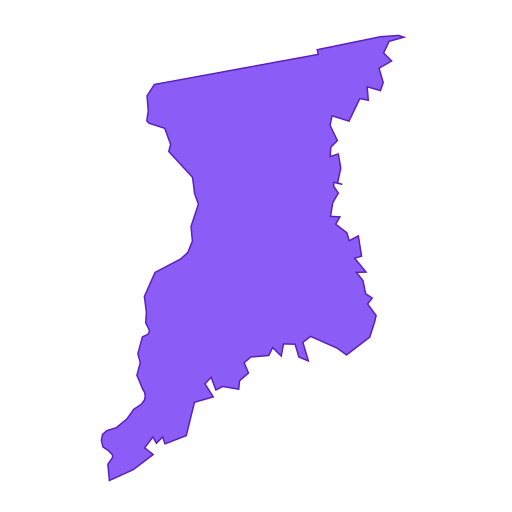 Knox, Indiana, United States of America, rotated 348°
{"feature_id": "52423323B4798034374096", "entity_name": "Knox", "entity_type": "district", "adm_level": 2, "iso_a3": "USA", "parent_name": "United States of America", "parent_adm1": "Indiana", "projection": "equal_earth", "projection_center": [-87.444, 38.661], "detail": "fine", "context": "isolated", "style": "filled", "palette": "violet", "viewbox_px": 512, "rotation_deg": 348, "n_neighbors": 0, "source": "geoboundaries", "source_scale": "gbopen_adm2", "svg_char_len": 1635}
<svg xmlns="http://www.w3.org/2000/svg" viewBox="0 0 512 512"><g transform="rotate(348 256 256)"><path d="M120.1,327.1L120.6,336.3L114.7,347.9L117.6,363.2L118.7,366.1L118.5,370.3L116.8,373.9L112.9,377.2L104.4,380.6L95.8,388.6L83.6,394.9L73.9,395.8L68.8,398.6L66.4,404.2L66.6,410.9L71.0,415.5L74.2,420.5L73.9,423.2L67.8,428.9L65.9,445.1L91.7,439.4L114.1,428.8L107.2,420.5L117.5,411.6L119.7,418.4L127.1,413.6L127.9,420.8L150.4,417.2L165.4,386.3L184.9,384.9L179.5,370.5L186.9,365.3L188.9,378.7L196.3,376.7L211.4,382.7L214.0,374.6L224.3,368.9L222.2,357.9L229.9,353.7L247.8,356.0L253.2,349.0L259.9,359.1L264.6,347.7L275.9,350.4L277.0,363.8L285.4,369.5L283.9,350.2L292.7,346.0L316.2,363.0L324.0,371.6L350.4,359.0L358.4,345.0L361.1,339.2L355.2,326.1L360.9,321.3L355.4,315.7L355.5,302.3L350.8,292.9L360.3,294.6L352.0,278.6L359.2,278.1L360.3,257.6L350.4,260.4L349.7,252.2L340.6,241.5L346.2,235.2L337.1,232.7L342.3,219.6L349.6,211.6L346.5,203.9L347.3,200.1L355.4,203.9L351.0,201.5L357.2,187.7L357.7,173.3L349.3,174.2L351.8,165.1L359.6,160.0L355.6,143.6L359.5,134.7L375.0,143.4L390.3,123.6L398.2,127.0L399.9,113.6L412.1,120.1L416.5,112.8L415.4,97.9L429.2,93.4L423.0,84.0L430.8,73.7L446.1,72.7L441.4,69.9L423.4,67.4L358.8,66.9L358.8,71.7L192.3,67.1L182.7,76.7L180.8,91.6L177.3,101.0L179.0,103.9L188.4,109.3L193.3,112.1L195.7,129.1L192.4,135.6L210.3,165.9L209.3,178.2L208.9,181.8L210.4,193.3L206.3,200.4L198.6,213.6L196.9,228.2L190.1,238.3L187.7,239.8L181.8,243.2L153.8,251.1L138.4,272.4L137.1,288.2L134.2,298.5L136.0,305.1L136.2,307.3L134.7,309.6L133.0,310.4L128.1,311.5L120.1,327.1Z" fill="#8b5cf6" stroke="#5b21b6" stroke-width="1.5"/></g></svg>